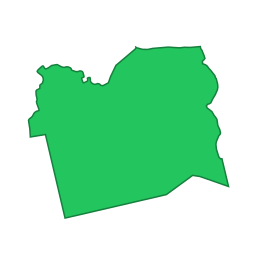 Oshikoto, orthographic projection, rotated 167°
{"feature_id": "NAM-3355", "entity_name": "Oshikoto", "entity_type": "Region", "adm_level": 1, "iso_a3": "NAM", "parent_name": "Namibia", "parent_adm1": "", "projection": "orthographic", "projection_center": [17.144, -18.609], "detail": "fine", "context": "isolated", "style": "filled", "palette": "green", "viewbox_px": 256, "rotation_deg": 167, "n_neighbors": 0, "source": "natural_earth", "source_scale": "10m", "svg_char_len": 2171}
<svg xmlns="http://www.w3.org/2000/svg" viewBox="0 0 256 256"><g transform="rotate(167 128 128)"><path d="M102.1,204.7L102.1,204.9L101.1,204.0L96.2,201.4L91.0,200.1L86.0,200.0L70.7,197.8L59.7,194.5L55.0,194.0L49.2,192.5L39.2,191.1L39.3,189.1L38.5,187.1L37.5,180.8L37.4,178.4L38.6,177.4L40.3,176.6L40.9,173.9L38.2,172.1L36.8,170.4L35.9,168.1L34.4,165.5L31.6,159.5L31.4,157.2L30.9,156.1L30.8,150.7L31.2,147.8L32.3,145.1L35.4,140.9L39.0,137.2L41.6,133.9L43.3,133.3L45.1,133.2L46.7,131.9L46.3,129.6L42.6,125.2L41.2,120.7L40.2,118.7L39.4,116.4L39.9,110.1L39.0,106.2L38.9,102.4L39.9,100.9L41.4,99.9L45.1,94.6L46.0,92.3L46.6,87.2L46.1,80.2L45.7,78.4L44.5,77.1L43.4,76.9L43.2,48.4L68.9,64.6L75.7,67.3L105.6,54.5L209.6,54.4L209.9,140.2L225.2,141.2L223.9,148.8L223.2,157.9L222.3,158.9L219.9,160.1L218.4,161.0L216.3,163.5L214.8,164.4L213.4,164.9L212.3,164.9L211.3,165.0L210.7,165.3L210.6,166.2L211.3,172.2L211.3,173.4L211.2,174.6L210.5,175.3L210.2,176.3L210.1,177.4L210.1,180.5L209.7,183.1L209.3,184.7L208.8,185.3L208.0,185.7L206.9,185.9L205.9,186.2L205.0,186.6L204.7,187.6L204.5,188.6L204.2,189.6L201.2,191.1L200.6,192.2L200.3,192.8L199.8,193.4L199.5,195.4L199.6,196.5L199.8,197.6L200.5,198.8L203.4,202.4L203.8,203.5L203.2,204.3L202.4,205.0L198.5,207.2L197.5,207.6L196.8,207.6L196.4,206.9L195.9,205.3L195.5,204.6L194.9,204.1L194.0,204.1L191.9,204.6L189.3,205.7L188.2,206.1L183.0,205.8L182.6,205.6L182.2,205.3L179.3,202.8L177.9,201.9L176.5,201.4L174.5,201.5L173.2,201.2L172.2,200.8L170.6,199.5L170.1,198.9L170.0,197.5L169.7,197.0L169.2,196.6L166.4,194.8L165.4,194.5L164.2,194.2L162.4,194.5L161.3,194.2L160.4,193.8L159.8,193.2L159.5,192.7L159.4,192.0L159.2,188.4L159.4,187.7L159.8,187.5L161.3,187.2L161.9,187.0L162.0,186.3L162.0,185.5L161.6,182.8L161.4,182.2L160.9,182.0L159.1,182.3L157.0,182.9L156.6,183.4L156.4,184.2L156.4,185.0L156.3,185.7L155.8,185.9L155.1,186.0L154.3,185.9L153.7,185.7L153.6,185.0L154.0,182.5L154.0,181.7L153.8,181.1L152.7,179.3L151.6,178.5L150.2,177.9L147.5,178.1L146.2,177.5L145.5,176.8L145.1,175.9L144.0,175.3L142.9,174.9L137.0,176.4L133.5,181.9L125.7,191.7L103.2,203.3L102.6,203.9L102.1,204.7Z" fill="#22c55e" stroke="#15803d" stroke-width="1.5"/></g></svg>